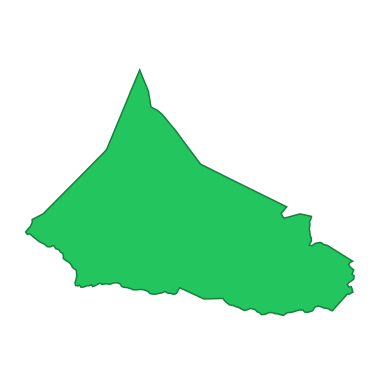 outline of Conceição do Coité, Bahia, Brazil, rotated 92°
{"feature_id": "56859067B37601452746614", "entity_name": "Conceição do Coité", "entity_type": "district", "adm_level": 2, "iso_a3": "BRA", "parent_name": "Brazil", "parent_adm1": "Bahia", "projection": "orthographic", "projection_center": [-39.2, -11.517], "detail": "fine", "context": "isolated", "style": "filled", "palette": "green", "viewbox_px": 384, "rotation_deg": 92, "n_neighbors": 0, "source": "geoboundaries", "source_scale": "gbopen_adm2", "svg_char_len": 2521}
<svg xmlns="http://www.w3.org/2000/svg" viewBox="0 0 384 384"><g transform="rotate(92 192 192)"><path d="M255.6,29.0L241.8,52.9L240.7,54.5L240.2,57.3L239.3,59.5L237.9,61.5L238.4,64.4L239.0,67.1L241.5,70.1L241.2,72.8L239.3,72.4L236.8,70.9L233.3,71.3L231.1,72.5L229.1,72.6L226.9,73.0L224.8,73.6L222.0,73.1L220.0,73.0L217.5,73.5L215.4,72.4L212.2,71.7L210.1,83.2L215.0,99.1L212.9,100.9L210.2,102.1L207.7,100.0L205.8,98.7L203.6,96.8L189.9,127.1L180.7,147.6L163.9,184.4L141.3,202.6L131.8,210.0L124.9,216.2L115.9,224.1L111.9,229.0L109.7,233.4L108.3,236.0L92.9,239.1L74.9,247.2L71.8,248.5L92.8,256.5L96.4,257.8L113.3,264.1L152.5,278.8L156.1,281.9L185.3,308.8L200.0,322.4L201.8,324.1L218.8,339.8L220.8,343.1L225.1,350.8L227.9,350.6L229.8,351.4L232.3,352.4L233.8,354.0L235.8,355.4L237.8,356.9L240.0,355.2L239.5,352.5L241.0,350.8L242.8,348.7L244.3,346.4L245.8,344.6L247.1,342.7L248.1,340.5L248.9,338.3L250.4,336.2L251.7,334.6L251.8,331.7L250.4,329.3L251.2,327.4L253.4,326.3L254.3,323.0L256.6,321.5L257.9,319.0L260.8,318.3L262.7,318.4L264.1,317.0L265.3,314.8L266.9,312.1L269.0,310.1L271.4,308.9L272.9,307.0L274.1,305.0L276.2,304.7L278.7,304.3L280.8,304.3L283.1,304.8L286.9,305.8L289.4,305.1L289.9,303.0L289.0,301.2L291.2,299.5L290.6,296.5L289.3,293.3L289.2,291.2L288.2,289.1L290.0,288.1L289.0,285.5L287.6,283.2L286.3,281.0L287.5,278.8L286.8,275.5L286.9,272.8L287.0,270.4L285.8,267.7L285.3,264.7L285.5,262.6L286.6,260.4L288.8,259.1L289.7,256.6L289.7,253.9L290.2,252.1L290.7,249.8L291.8,247.6L291.7,243.9L291.2,240.1L291.3,237.1L292.2,234.4L293.0,232.4L294.8,230.7L295.4,228.3L295.4,225.0L294.4,220.9L293.8,218.4L292.4,215.7L294.0,212.3L294.0,209.9L294.7,208.0L294.9,206.1L293.8,204.0L292.2,203.1L290.2,202.2L288.1,201.0L298.5,176.3L297.3,157.5L299.9,155.3L302.0,152.7L303.5,150.5L304.1,146.5L305.1,143.9L305.8,141.2L307.1,138.8L308.6,135.5L307.8,132.8L306.4,129.7L306.8,127.2L307.4,124.7L309.5,122.7L310.2,120.2L312.1,118.5L311.9,116.3L311.4,113.9L310.3,112.1L309.8,110.0L309.8,107.4L310.6,104.9L310.8,102.3L311.6,99.0L312.2,96.2L310.9,94.7L309.4,92.7L309.1,90.7L308.7,88.0L307.9,85.6L306.9,82.8L306.0,79.7L306.2,76.9L308.2,75.0L308.1,72.0L307.5,70.0L306.4,67.2L304.2,66.1L302.4,64.6L301.6,61.9L302.1,59.5L303.2,56.7L303.5,53.7L304.1,51.2L305.2,49.6L305.8,47.6L288.8,33.4L288.6,31.2L287.4,29.5L286.6,27.7L283.9,28.4L281.2,29.5L281.5,32.0L279.0,33.6L276.8,31.9L275.0,29.1L273.1,27.2L270.2,27.1L268.6,29.3L266.6,28.4L264.1,27.7L261.8,31.0L259.0,33.0L256.8,31.5L255.6,29.0Z" fill="#22c55e" stroke="#15803d" stroke-width="1.5"/></g></svg>